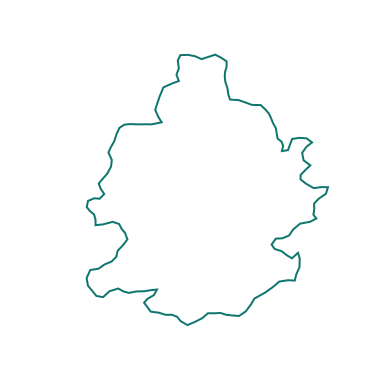 Ibituruna, Minas Gerais, Brazil (Equal Earth projection), rotated 70°
{"feature_id": "56859067B57864573581832", "entity_name": "Ibituruna", "entity_type": "district", "adm_level": 2, "iso_a3": "BRA", "parent_name": "Brazil", "parent_adm1": "Minas Gerais", "projection": "equal_earth", "projection_center": [-44.785, -21.171], "detail": "fine", "context": "isolated", "style": "outline", "palette": "teal", "viewbox_px": 384, "rotation_deg": 70, "n_neighbors": 0, "source": "geoboundaries", "source_scale": "gbopen_adm2", "svg_char_len": 1993}
<svg xmlns="http://www.w3.org/2000/svg" viewBox="0 0 384 384"><g transform="rotate(70 192 192)"><path d="M63.6,160.4L71.3,162.1L76.5,166.5L83.2,166.4L83.2,173.3L83.9,183.1L91.6,190.1L97.2,194.6L102.3,198.5L109.6,198.0L116.1,196.7L114.7,206.5L112.3,213.0L109.6,220.5L107.0,227.0L105.6,232.4L106.9,238.2L111.7,243.0L117.7,247.7L122.2,253.0L126.3,257.0L134.5,256.4L140.3,259.3L145.9,265.5L149.4,272.1L152.2,276.7L157.6,276.7L163.9,275.2L166.7,281.1L164.5,285.9L164.8,292.7L170.1,296.1L174.8,294.5L179.8,291.7L185.0,292.1L190.2,294.0L192.0,286.7L192.9,276.7L197.2,271.4L202.3,270.8L207.6,268.9L214.4,268.9L218.3,274.9L221.9,282.1L227.0,285.3L229.9,291.5L230.2,299.0L232.1,306.1L230.5,314.3L236.9,320.5L244.5,321.8L251.2,319.4L257.0,317.4L260.4,311.5L257.0,303.4L257.5,294.3L261.9,290.5L265.2,285.9L266.5,278.0L268.9,270.9L270.1,264.6L271.7,258.3L275.9,263.1L277.1,270.3L279.7,274.9L285.5,273.1L290.3,271.7L294.0,264.6L298.5,258.6L300.4,253.0L304.1,248.7L309.5,246.8L315.5,241.8L315.0,233.0L314.1,225.6L311.4,218.4L313.7,212.3L315.3,206.7L319.2,201.7L322.0,195.9L324.6,190.2L322.5,182.1L317.7,174.9L313.5,169.8L311.4,157.1L308.9,148.2L306.0,140.8L307.7,132.0L310.4,125.7L305.2,122.3L299.4,116.7L291.3,113.5L285.4,113.2L288.5,120.7L283.8,124.6L278.3,128.0L273.8,133.8L268.6,135.2L264.5,129.2L266.4,123.0L266.1,115.7L261.7,109.5L258.7,101.3L260.4,91.1L259.4,84.2L254.9,85.7L249.8,82.9L244.7,81.3L241.7,75.4L239.4,66.7L234.0,62.6L231.7,68.5L230.0,76.3L223.1,82.1L217.2,85.7L213.1,84.1L210.4,78.5L207.4,71.7L200.4,76.3L192.9,75.1L188.7,69.1L186.5,62.2L180.7,66.1L177.8,72.7L176.4,79.7L180.4,83.2L185.5,87.5L184.3,93.5L179.7,90.5L175.3,90.7L171.0,93.3L165.7,92.3L160.8,91.4L155.0,92.3L149.3,92.5L144.7,92.9L139.8,94.7L133.8,97.7L130.7,105.8L126.8,110.4L121.6,116.7L118.2,124.6L112.8,124.5L106.6,123.2L99.9,123.0L94.8,121.8L90.4,119.8L86.2,116.7L81.1,114.8L75.5,118.9L70.9,123.2L70.6,131.4L70.4,137.6L65.5,142.6L61.8,148.8L59.4,156.1L63.6,160.4Z" fill="none" stroke="#0f766e" stroke-width="2"/></g></svg>